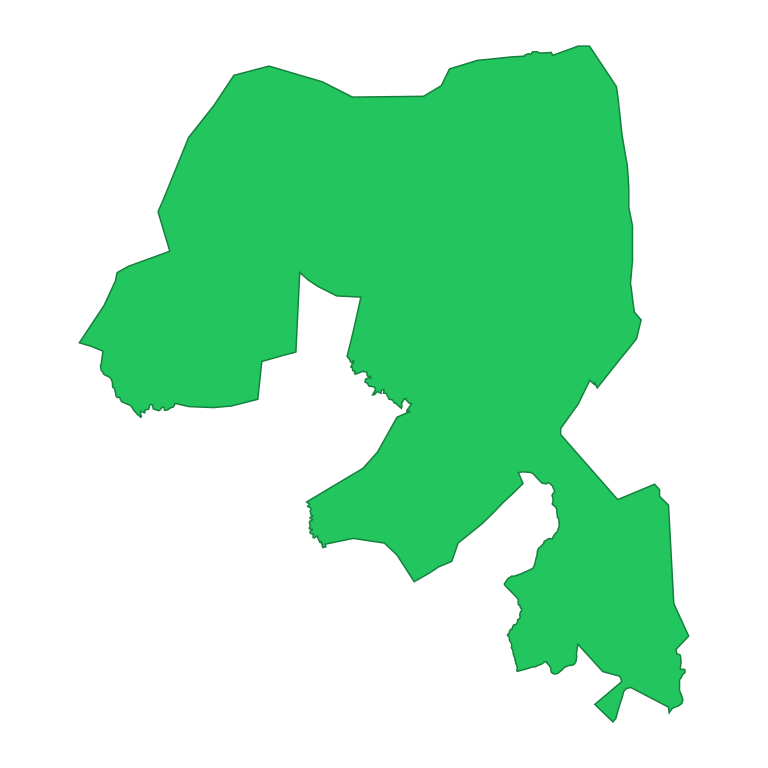 Santiago Chazumba, Oaxaca, Mexico
{"feature_id": "50627088B38611852614507", "entity_name": "Santiago Chazumba", "entity_type": "district", "adm_level": 2, "iso_a3": "MEX", "parent_name": "Mexico", "parent_adm1": "Oaxaca", "projection": "natural_earth1", "projection_center": [-97.716, 18.178], "detail": "fine", "context": "isolated", "style": "filled", "palette": "green", "viewbox_px": 768, "rotation_deg": 0, "n_neighbors": 0, "source": "geoboundaries", "source_scale": "gbopen_adm2", "svg_char_len": 6088}
<svg xmlns="http://www.w3.org/2000/svg" viewBox="0 0 768 768"><path d="M597.2,388.0L620.9,358.1L627.7,349.9L636.3,339.0L636.6,338.5L641.1,319.9L634.4,312.1L632.6,299.2L631.2,287.5L630.7,285.3L630.5,283.0L632.5,260.7L632.5,225.8L628.8,207.5L628.8,187.1L627.3,165.6L622.1,135.4L618.0,97.5L616.3,86.4L589.5,46.1L578.1,46.1L552.7,55.4L551.2,52.4L544.6,52.9L539.6,53.1L537.2,51.8L534.8,51.7L533.7,52.0L532.7,51.7L531.7,53.0L531.3,54.1L530.7,54.3L529.7,54.3L528.8,53.7L527.4,53.9L526.4,54.6L524.9,55.1L524.7,56.1L510.6,57.0L477.3,60.4L449.5,68.9L441.3,85.7L423.5,96.3L352.5,97.1L322.2,81.8L269.0,66.1L233.9,75.3L214.1,105.2L188.6,137.5L163.8,198.5L158.2,211.4L158.2,212.4L169.8,251.2L128.4,266.3L117.1,272.6L115.4,281.0L104.1,305.4L79.3,342.8L90.8,346.2L102.6,351.0L102.8,352.0L101.6,361.1L101.4,363.2L100.5,365.9L101.1,370.0L102.3,371.8L103.2,372.6L103.5,374.0L105.4,375.3L109.5,377.0L110.4,378.2L111.1,378.8L112.4,382.4L112.6,386.7L113.0,387.5L113.6,387.6L114.7,389.3L116.1,396.0L116.7,397.1L117.4,397.5L119.4,397.2L121.0,400.4L121.8,401.7L128.6,404.8L129.3,404.5L130.3,405.3L132.1,407.5L133.9,410.5L137.5,414.4L140.8,417.3L141.4,416.5L140.6,413.7L140.5,411.5L141.4,411.5L143.0,412.1L144.4,412.9L144.6,412.9L145.0,411.7L144.6,410.4L145.3,409.8L148.6,409.3L149.3,406.5L149.9,405.2L150.8,404.4L151.9,404.5L152.5,405.3L153.3,409.0L158.8,410.7L159.8,410.1L162.5,407.1L163.7,407.0L164.0,407.5L164.5,410.2L165.6,410.3L167.1,410.0L168.9,409.1L171.3,407.4L173.2,407.1L174.4,405.3L175.1,403.4L188.9,406.6L213.6,407.6L231.4,406.0L257.8,399.3L261.8,361.5L282.9,355.5L295.9,352.0L299.7,272.5L308.4,280.1L318.0,286.5L336.6,295.9L360.9,297.1L353.6,329.9L347.1,356.4L348.8,358.5L349.5,359.0L350.5,361.8L351.6,362.7L352.7,361.2L353.6,360.8L353.9,361.5L351.5,365.5L350.9,367.1L352.2,367.4L352.8,370.7L355.3,371.4L354.5,373.5L355.1,374.0L355.9,374.1L362.4,371.4L366.7,372.1L367.3,375.8L368.1,376.4L370.3,376.5L370.9,377.8L367.8,378.2L365.5,379.2L365.1,382.2L367.5,383.2L368.3,385.0L369.2,386.3L370.9,386.3L374.2,387.1L374.8,387.4L375.5,389.4L374.6,391.3L372.5,394.8L374.4,394.7L377.3,391.6L381.0,393.3L381.6,390.0L383.6,389.6L384.1,389.8L383.5,393.2L386.6,393.5L387.0,394.8L387.0,395.4L388.0,396.6L389.0,399.2L391.1,399.6L392.7,400.2L394.2,403.1L395.9,402.9L396.5,404.2L401.4,408.3L402.0,406.2L401.5,403.5L404.4,398.6L405.8,398.6L405.3,399.1L409.1,403.1L411.5,403.7L409.0,407.6L407.0,410.1L406.8,411.6L408.5,411.1L409.6,411.1L409.9,411.9L408.7,412.1L397.0,417.2L377.7,451.8L362.9,468.4L327.4,489.5L327.3,490.0L326.9,490.1L327.0,489.8L306.7,501.9L307.0,502.0L307.4,502.7L309.1,503.5L309.3,503.8L309.4,504.3L307.7,506.5L309.9,507.5L310.9,508.1L311.0,508.8L310.8,509.8L310.2,510.8L310.2,511.4L310.9,514.3L311.7,515.7L312.4,515.7L312.7,516.1L312.1,516.6L310.4,517.1L310.0,517.5L310.2,518.4L312.6,519.6L311.2,520.8L309.8,521.1L309.6,521.5L309.5,523.1L310.4,525.9L309.3,527.8L309.3,528.4L309.7,528.9L310.4,529.2L312.3,529.2L312.4,529.5L312.2,530.0L310.4,531.2L310.0,531.8L310.0,532.3L310.1,533.0L310.6,533.5L313.4,534.2L313.0,537.0L313.2,537.7L314.4,537.9L316.8,536.1L317.3,535.9L317.6,536.1L317.7,536.4L317.6,537.5L319.9,542.4L320.2,542.5L320.8,542.1L321.1,541.5L321.4,541.5L321.6,543.7L322.3,544.6L322.2,546.2L322.5,546.9L322.9,547.2L323.1,547.6L323.4,547.7L324.5,546.9L325.9,546.8L325.1,544.2L353.3,538.4L384.4,543.1L396.9,554.9L414.2,581.7L428.9,573.3L438.6,566.9L451.8,561.3L458.1,543.1L482.0,523.8L493.4,512.7L503.4,502.3L512.9,493.5L523.0,483.5L518.4,472.5L522.4,471.9L526.0,472.0L527.9,472.3L529.3,472.3L530.5,472.5L532.0,473.1L533.0,473.6L534.0,474.6L536.6,477.6L541.9,483.1L546.4,483.9L547.8,483.0L548.7,482.8L549.5,483.2L552.8,486.3L553.1,487.9L554.4,490.0L554.4,492.2L552.6,494.0L552.0,495.9L552.6,496.9L553.1,498.6L552.9,501.8L552.3,503.5L552.3,504.1L552.5,504.5L555.5,506.8L556.0,507.7L556.8,509.8L557.1,514.8L557.4,515.5L557.3,517.0L557.4,517.4L558.0,517.8L558.5,518.6L558.9,520.5L559.3,526.2L558.3,528.5L557.0,532.4L555.7,533.0L554.1,535.1L553.1,536.9L552.6,538.3L552.1,539.0L549.6,538.5L547.6,539.1L546.8,540.1L546.1,540.4L545.3,540.5L543.9,541.9L543.9,543.2L540.9,546.3L538.5,548.4L537.4,551.1L537.0,555.5L536.0,558.3L535.0,563.3L534.0,566.5L532.3,568.7L521.3,573.7L514.2,576.2L511.6,576.1L511.1,576.7L507.9,578.7L505.6,582.0L504.3,584.0L504.7,585.0L505.3,585.8L516.5,597.2L517.8,598.7L518.1,599.7L518.2,600.7L518.1,602.3L518.3,604.5L519.2,605.3L520.2,605.6L520.1,606.9L520.6,608.0L521.8,608.8L521.2,611.1L520.3,612.2L520.3,613.1L519.6,614.6L520.3,617.3L518.8,619.2L518.2,619.6L517.6,619.7L517.5,622.0L516.2,624.3L513.5,625.0L513.0,626.3L512.6,627.0L512.1,628.7L511.6,629.2L510.6,629.4L510.0,630.2L509.5,631.3L509.4,632.8L509.1,633.6L507.8,634.2L507.5,634.8L507.6,635.5L508.9,636.7L509.3,637.6L509.3,639.0L509.5,640.1L509.9,641.3L511.0,642.9L511.7,644.3L511.7,645.5L511.4,647.5L511.6,648.2L512.4,649.5L513.1,651.4L513.1,652.9L513.5,654.9L514.2,656.9L514.9,657.8L514.8,659.2L515.4,660.0L515.2,660.8L515.7,661.9L515.5,663.0L516.1,663.5L516.3,664.7L517.1,666.7L517.3,668.4L516.8,670.2L517.3,671.4L526.4,668.9L530.5,667.6L531.3,667.1L535.2,666.8L539.2,664.9L541.4,664.3L543.8,662.4L546.1,661.6L547.2,663.4L548.8,665.0L550.5,667.5L551.3,672.3L552.9,673.5L554.5,674.0L556.8,673.8L557.8,673.4L562.6,669.4L564.0,667.6L569.0,665.5L571.6,665.3L574.0,664.5L576.0,661.6L576.1,660.3L576.8,656.6L576.4,653.9L577.8,644.2L602.8,671.6L619.6,676.2L620.8,678.5L621.7,681.7L594.8,704.4L612.9,721.9L615.8,718.6L619.2,706.3L622.7,695.7L623.7,691.4L626.6,688.4L630.8,687.5L668.4,707.1L669.2,712.8L671.8,709.0L673.8,707.5L677.4,706.4L679.3,705.4L681.8,703.4L682.9,699.8L681.7,695.8L679.5,690.4L679.6,685.2L679.5,680.2L680.0,679.1L681.5,677.3L681.7,676.4L682.1,675.6L682.5,675.2L682.9,674.0L683.4,673.8L684.9,672.7L685.0,670.2L684.6,669.4L681.4,669.3L680.2,668.7L680.2,668.0L680.7,665.2L680.7,664.4L681.1,662.7L680.6,657.1L680.2,655.1L678.4,654.2L677.2,653.9L676.5,653.4L676.6,652.0L676.0,649.4L688.7,636.1L673.8,603.6L668.5,505.1L659.5,496.3L659.6,489.8L654.6,484.2L617.7,499.6L560.6,434.5L560.7,428.5L578.3,403.9L589.8,380.3L594.3,384.4L594.8,382.9L597.2,388.0Z" fill="#22c55e" stroke="#15803d" stroke-width="1.5"/></svg>